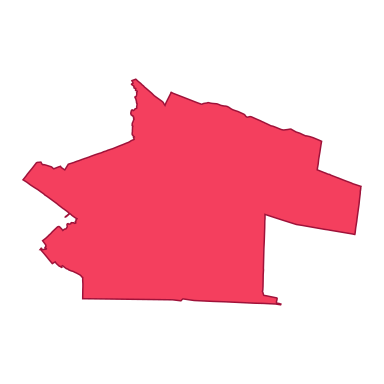 Branistea, Mehedinti, Romania (Albers equal-area conic projection)
{"feature_id": "2599482B17311395711946", "entity_name": "Branistea", "entity_type": "district", "adm_level": 2, "iso_a3": "ROU", "parent_name": "Romania", "parent_adm1": "Mehedinti", "projection": "albers", "projection_center": [22.991, 44.246], "detail": "fine", "context": "isolated", "style": "filled", "palette": "rose", "viewbox_px": 384, "rotation_deg": 0, "n_neighbors": 0, "source": "geoboundaries", "source_scale": "gbopen_adm2", "svg_char_len": 5787}
<svg xmlns="http://www.w3.org/2000/svg" viewBox="0 0 384 384"><path d="M181.7,299.9L182.8,299.0L183.0,298.9L192.7,300.3L194.1,300.5L212.9,301.4L225.3,301.8L254.7,303.2L263.1,303.4L275.5,304.0L280.6,304.8L280.9,304.1L279.2,303.5L277.2,303.2L276.9,303.1L276.6,302.8L276.5,302.5L276.4,302.0L276.8,300.3L277.1,298.9L277.1,298.3L277.0,298.1L276.7,297.9L265.9,295.7L263.9,295.4L263.6,295.0L263.0,293.0L262.9,292.4L262.4,291.3L262.5,291.0L262.7,290.6L262.8,290.2L263.0,286.6L263.1,281.3L263.2,274.6L263.5,269.9L263.4,268.4L263.9,248.6L264.3,240.2L264.5,233.7L264.7,228.1L264.8,220.9L265.0,218.7L265.0,214.4L273.8,217.3L282.8,220.2L296.4,224.5L302.2,225.4L307.2,226.3L309.5,226.7L324.9,229.4L327.9,229.8L330.6,230.3L352.6,234.0L354.8,234.5L354.9,234.3L355.2,232.4L355.7,227.9L356.7,221.6L357.2,217.5L359.0,204.5L359.5,199.6L360.2,193.6L360.3,192.6L360.2,192.0L360.5,190.4L360.4,190.2L360.5,190.1L360.7,189.0L360.8,186.9L361.0,186.4L355.2,184.5L352.7,183.7L351.6,183.1L345.1,180.7L330.7,175.1L330.3,174.9L329.9,174.5L329.0,174.3L328.4,174.3L317.2,169.8L317.5,167.8L318.2,163.9L318.7,159.1L319.3,155.5L319.9,152.0L321.0,144.7L321.6,141.3L318.7,140.0L313.2,137.7L309.8,136.6L306.6,135.9L305.6,135.9L302.3,134.4L299.8,133.2L296.1,132.0L291.8,129.6L291.2,129.2L290.7,129.1L290.1,129.1L287.8,129.5L283.8,130.0L282.8,129.9L281.6,129.6L280.9,129.4L275.8,127.3L272.9,126.2L270.9,125.8L270.5,125.6L269.1,124.9L266.2,123.5L265.4,123.2L263.9,122.4L261.8,121.5L260.7,120.9L256.5,119.1L251.6,116.9L250.5,116.6L249.8,116.6L247.6,117.2L247.1,117.1L246.4,116.8L245.9,116.4L245.6,116.0L244.8,114.9L244.3,114.5L243.7,114.1L238.0,111.5L234.9,110.5L232.7,109.7L231.2,108.9L228.7,107.2L227.5,106.6L227.0,106.4L225.7,106.1L224.1,106.0L221.0,105.4L220.2,105.1L218.6,104.4L216.9,103.8L212.2,103.4L210.8,103.2L208.3,102.6L208.0,102.6L206.9,103.0L203.9,103.4L203.0,103.7L202.0,104.2L201.4,104.2L196.7,102.5L183.7,97.4L173.1,93.3L170.6,92.0L170.9,92.3L170.9,93.1L166.0,102.8L165.6,103.9L165.0,105.4L164.2,104.2L163.1,102.3L162.0,101.3L157.1,97.8L154.2,95.7L151.6,93.1L145.9,88.2L144.5,87.1L143.4,85.8L142.4,85.1L140.7,83.4L138.1,81.3L135.8,79.2L131.9,80.6L132.2,81.2L132.3,81.5L132.7,81.9L133.0,83.1L132.9,83.4L132.7,83.5L131.9,83.8L131.5,84.2L131.6,84.5L132.1,84.9L132.9,85.4L133.7,86.2L134.0,86.3L133.9,86.9L134.0,87.7L134.1,88.0L134.3,88.2L134.8,88.2L135.7,88.4L135.8,88.8L135.7,89.2L135.5,89.7L135.5,90.3L135.7,90.5L136.2,90.7L136.8,90.8L137.2,91.2L137.3,91.4L137.2,91.7L136.6,92.5L136.8,93.0L136.7,93.5L136.8,94.0L136.7,94.5L136.6,95.1L136.2,96.4L135.8,96.9L135.4,97.0L135.4,96.9L135.2,96.8L134.9,97.1L135.7,98.9L136.0,99.2L136.0,99.6L136.2,100.6L136.5,101.3L136.4,101.7L136.4,102.2L136.8,103.0L136.7,103.3L136.8,103.6L137.2,104.0L137.0,104.5L136.9,105.6L136.9,105.9L136.7,106.2L136.7,106.9L136.8,108.0L136.6,108.3L135.4,108.7L134.9,109.0L134.5,109.7L133.3,110.6L133.1,110.6L133.0,110.3L132.3,109.9L132.1,109.9L131.6,110.2L131.3,110.8L130.9,112.5L130.8,113.8L131.1,114.4L131.2,114.9L131.6,115.1L131.9,115.2L132.0,115.4L132.1,115.6L132.8,115.7L132.8,115.9L133.2,116.9L133.7,117.1L133.8,117.7L133.6,118.5L134.1,119.1L133.7,119.6L133.2,121.2L132.3,123.2L132.2,123.9L132.2,124.7L132.3,124.9L132.1,125.1L132.1,125.3L132.2,125.7L132.7,126.0L132.8,126.4L132.7,126.8L132.5,127.1L132.5,127.4L132.5,127.9L132.5,128.4L132.4,129.8L132.4,131.5L132.2,132.9L132.2,133.1L132.1,134.1L132.4,134.9L132.6,134.9L133.0,135.7L134.2,136.9L133.5,137.2L133.5,137.4L134.2,139.3L133.9,139.5L131.1,140.7L130.0,141.5L127.8,142.7L127.4,142.7L122.6,144.7L119.7,145.8L112.9,148.6L107.6,150.3L106.4,150.9L105.1,151.3L104.3,151.5L103.2,151.9L102.5,152.3L100.4,153.1L99.5,153.3L95.2,154.7L91.1,156.2L88.9,157.1L87.1,157.7L86.1,158.1L85.2,158.3L83.1,159.1L82.4,159.3L78.8,160.7L77.0,161.2L76.4,161.5L75.1,161.9L74.4,162.3L68.3,164.2L64.8,169.9L64.7,169.9L61.4,167.6L60.7,166.7L60.5,166.3L58.6,166.9L54.0,168.7L53.5,168.7L52.0,167.3L51.5,166.9L51.0,166.7L45.9,165.1L43.9,164.6L43.4,164.6L43.2,164.8L42.7,164.7L41.9,163.9L41.5,163.3L41.0,162.2L40.9,162.1L37.3,162.4L36.4,162.8L32.0,168.5L30.0,170.9L27.4,174.1L26.2,175.8L23.0,179.8L26.7,182.1L30.7,185.1L34.7,187.7L36.8,189.0L37.9,189.6L38.4,190.1L39.1,190.5L40.5,191.6L43.4,193.6L44.3,194.4L44.7,194.8L44.8,195.0L46.5,196.0L53.2,200.9L57.5,204.1L58.1,204.7L62.9,208.4L63.7,208.9L66.6,211.0L68.8,212.8L69.0,213.2L69.0,213.5L68.9,213.9L66.9,215.6L65.5,216.6L65.3,216.9L65.3,217.0L65.9,216.8L66.4,216.5L69.3,214.0L70.0,213.7L70.6,214.1L71.8,215.3L73.3,216.4L75.4,217.9L77.0,218.8L76.7,219.2L76.1,219.6L76.0,219.9L76.1,220.7L76.0,220.9L75.4,221.4L75.3,221.5L75.8,222.9L75.3,223.2L75.0,223.3L74.3,223.3L73.8,222.8L73.3,222.7L72.8,222.7L72.5,222.8L72.0,222.7L71.5,222.6L71.3,222.7L70.9,223.1L70.8,223.7L70.5,223.8L68.9,224.2L68.5,224.0L68.1,223.6L67.4,223.8L67.0,224.4L67.0,225.3L67.1,225.5L67.2,226.0L67.3,226.5L67.2,226.8L66.9,227.3L66.8,227.7L66.0,228.8L65.6,229.0L64.5,229.1L63.8,229.6L63.3,230.2L62.8,230.5L61.9,229.2L59.8,227.0L59.0,226.5L58.3,226.6L57.5,226.9L54.5,229.7L54.0,230.2L52.4,231.7L50.9,233.4L50.2,234.1L48.9,235.2L48.2,236.0L45.7,238.3L42.6,240.7L45.7,244.9L45.9,245.2L45.8,245.8L45.7,246.4L45.9,246.7L45.7,246.9L45.0,247.4L44.9,247.7L45.0,248.0L46.1,248.4L46.3,248.5L46.4,248.8L46.1,249.2L44.2,249.4L43.5,249.6L42.1,249.4L41.6,249.1L41.7,248.8L41.5,248.3L41.2,248.2L40.2,249.5L40.5,249.5L42.6,251.9L43.8,253.3L46.3,256.3L49.2,259.9L52.3,263.6L55.2,261.9L56.3,263.5L59.4,266.3L60.2,266.4L60.8,266.7L60.9,267.0L61.4,267.4L61.7,267.3L61.3,266.8L61.5,266.4L62.5,265.7L66.4,268.7L67.6,269.0L68.2,269.4L68.6,269.8L71.2,270.9L73.1,271.4L74.8,272.3L76.4,273.0L79.4,274.6L80.8,275.5L81.1,275.9L81.5,276.7L82.7,277.4L82.7,280.7L82.9,283.7L82.9,287.0L82.8,289.6L82.7,296.8L82.7,298.7L93.0,298.8L172.6,299.8L180.8,300.8L181.1,300.7L181.7,299.9Z" fill="#f43f5e" stroke="#9f1239" stroke-width="1.5"/></svg>